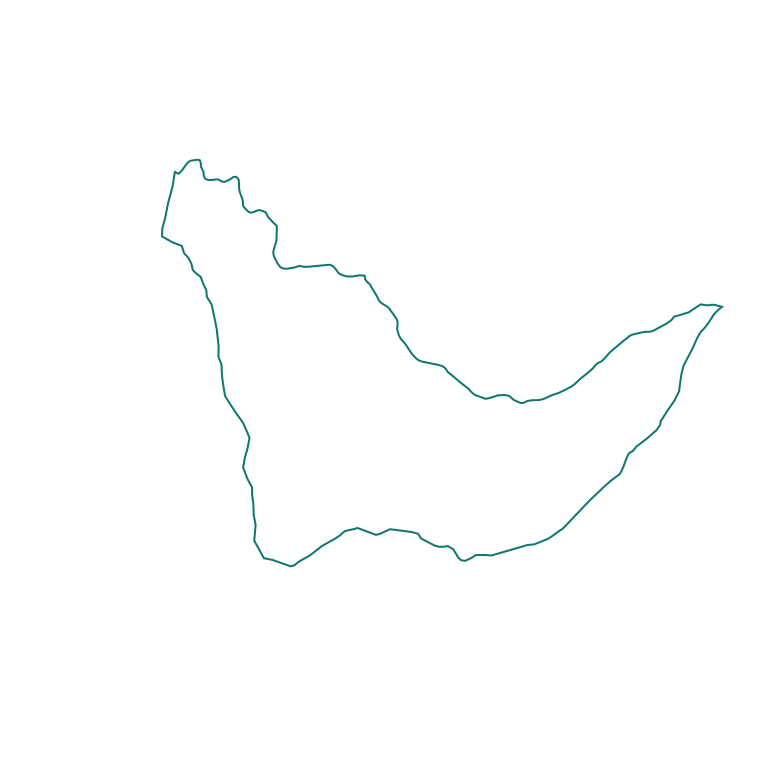 Mendrelgang, Chirang, Bhutan (Equal Earth projection), rotated 24°
{"feature_id": "84629894B69504897318329", "entity_name": "Mendrelgang", "entity_type": "district", "adm_level": 2, "iso_a3": "BTN", "parent_name": "Bhutan", "parent_adm1": "Chirang", "projection": "equal_earth", "projection_center": [90.11, 26.956], "detail": "fine", "context": "isolated", "style": "outline", "palette": "teal", "viewbox_px": 768, "rotation_deg": 24, "n_neighbors": 0, "source": "geoboundaries", "source_scale": "gbopen_adm2", "svg_char_len": 3933}
<svg xmlns="http://www.w3.org/2000/svg" viewBox="0 0 768 768"><g transform="rotate(24 384 384)"><path d="M345.2,592.0L353.5,590.1L372.9,588.5L375.9,586.1L377.8,582.0L381.2,577.2L386.2,570.5L393.0,557.6L399.4,548.9L402.5,544.8L405.2,540.4L407.9,534.5L410.9,532.1L415.9,528.5L418.3,526.3L438.0,525.1L441.3,522.5L448.5,514.2L462.0,510.2L469.0,508.1L475.9,506.9L480.6,510.0L489.4,510.6L496.0,511.0L500.9,510.2L505.2,508.1L508.2,506.1L514.3,506.7L520.1,510.7L522.2,512.3L526.0,513.6L529.7,512.8L534.4,507.7L537.5,502.9L545.2,499.4L551.8,497.0L564.3,486.5L580.6,472.7L586.6,469.3L597.0,458.5L599.4,454.7L604.0,446.8L606.2,443.3L619.2,406.9L626.7,388.6L630.6,380.1L634.3,373.4L635.9,370.8L636.3,367.8L636.4,362.7L635.7,352.6L635.9,347.7L638.8,343.5L640.0,338.5L646.1,327.4L651.7,315.3L652.9,309.0L651.9,305.6L653.9,292.6L656.1,280.9L656.5,270.4L654.6,264.3L651.7,254.0L650.2,245.4L650.7,237.3L651.4,226.1L651.4,214.4L652.2,207.7L654.1,202.3L655.8,194.6L657.1,185.9L659.3,180.2L661.3,176.0L653.6,177.3L651.0,178.4L648.0,180.4L640.8,182.6L633.2,194.6L621.5,204.7L620.7,208.4L619.0,211.5L617.2,214.4L615.1,217.1L613.0,219.7L611.0,222.3L609.0,225.1L606.7,227.4L604.0,228.9L601.1,230.2L598.5,232.0L595.9,233.9L593.4,235.9L590.8,237.9L588.7,240.4L587.2,243.6L585.5,246.6L584.0,249.7L582.5,252.8L580.9,256.0L579.4,259.1L577.9,262.3L576.7,265.6L575.7,269.0L574.6,272.4L573.1,275.4L570.8,277.9L569.4,281.1L568.5,284.6L567.1,287.8L565.6,290.9L564.0,294.0L562.4,297.1L560.9,300.2L559.5,303.5L558.1,306.7L556.5,309.7L554.5,312.4L552.3,315.0L550.1,317.8L546.8,321.5L544.1,323.9L541.7,326.2L539.5,328.6L537.3,331.2L535.0,333.5L532.5,335.4L529.7,336.8L526.8,338.2L524.1,339.7L521.5,341.6L519.5,344.2L516.9,345.7L513.8,345.8L509.1,345.8L503.0,343.9L498.5,345.1L492.5,348.1L490.3,350.2L487.9,352.3L485.4,354.4L482.8,356.2L471.8,357.0L468.8,356.4L465.9,355.3L463.1,353.9L454.5,351.9L444.5,349.0L441.2,348.0L437.8,347.3L435.2,345.6L432.4,344.3L429.3,344.0L426.3,344.4L423.3,345.0L420.4,345.7L417.4,346.3L414.4,347.0L411.5,347.7L408.4,348.2L405.4,348.2L402.5,347.3L399.6,346.2L396.8,344.9L394.1,343.2L391.5,341.5L388.8,339.7L386.1,338.2L383.2,336.9L380.4,335.5L377.9,333.5L375.7,331.1L373.6,328.4L372.5,325.1L371.2,321.8L368.9,319.4L366.3,317.7L363.5,316.1L360.8,314.6L358.1,312.9L355.2,312.0L352.1,311.6L349.1,311.2L346.2,310.3L343.7,308.4L341.2,306.2L338.6,304.4L336.0,302.6L333.3,300.8L330.9,298.8L326.9,297.5L324.0,295.8L322.2,292.9L317.3,294.7L312.0,298.3L306.5,300.8L301.6,301.5L297.4,301.3L295.1,299.8L292.4,298.3L289.5,297.1L286.5,297.0L283.7,298.3L281.0,299.9L278.2,301.4L275.5,303.0L272.8,304.5L270.0,306.1L267.3,307.6L264.5,309.0L261.6,309.9L258.6,310.5L255.3,313.6L252.1,315.8L248.7,318.1L245.1,319.4L242.1,319.5L238.7,317.8L235.8,315.6L233.3,313.6L230.9,311.4L229.1,308.4L228.5,304.9L227.9,301.0L227.5,297.1L223.5,287.0L221.7,283.2L216.9,281.5L210.1,278.5L206.0,275.3L202.7,275.3L199.6,275.7L197.1,277.5L194.9,280.1L192.4,281.8L189.4,281.6L185.7,280.1L182.9,278.7L181.4,275.6L179.5,272.8L176.7,269.9L173.9,267.0L172.3,264.7L169.5,258.8L167.7,256.0L164.7,254.8L162.2,256.1L160.5,259.2L158.3,261.8L156.1,264.3L153.2,265.0L150.2,264.5L147.3,265.3L144.7,267.2L140.0,269.2L137.0,269.1L134.6,267.0L133.0,263.9L130.7,261.8L128.3,259.9L126.8,256.7L124.5,254.4L121.6,255.4L119.0,257.1L116.2,258.9L114.6,261.7L113.7,265.3L113.0,268.8L112.2,272.3L110.8,275.5L106.7,275.3L110.5,289.6L113.1,306.2L116.6,321.5L118.2,332.0L121.2,339.5L133.5,340.6L143.1,340.1L148.3,345.9L154.0,348.3L159.3,352.6L162.9,357.6L167.1,359.3L173.0,360.7L177.8,365.7L183.6,370.7L186.7,376.4L194.3,381.6L204.3,395.4L209.3,402.6L213.0,409.0L217.7,417.0L221.6,426.4L227.5,432.1L232.0,441.1L235.3,446.8L240.1,454.2L243.7,459.6L248.5,462.9L259.8,470.2L271.2,476.9L279.3,484.3L283.1,488.1L285.7,499.1L286.7,507.1L289.2,517.6L297.9,526.2L305.6,532.3L308.7,539.1L313.3,546.5L318.4,556.9L321.0,560.6L324.0,564.9L329.2,579.9L345.2,592.0Z" fill="none" stroke="#0f766e" stroke-width="2"/></g></svg>